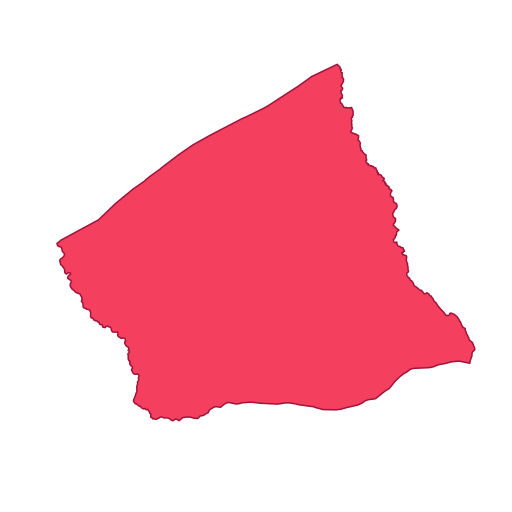 Zumbu, Tete, Mozambique, rotated 347°
{"feature_id": "85939544B34189520387166", "entity_name": "Zumbu", "entity_type": "district", "adm_level": 2, "iso_a3": "MOZ", "parent_name": "Mozambique", "parent_adm1": "Tete", "projection": "robinson", "projection_center": [31.028, -15.185], "detail": "fine", "context": "isolated", "style": "filled", "palette": "rose", "viewbox_px": 512, "rotation_deg": 347, "n_neighbors": 0, "source": "geoboundaries", "source_scale": "gbopen_adm2", "svg_char_len": 6079}
<svg xmlns="http://www.w3.org/2000/svg" viewBox="0 0 512 512"><g transform="rotate(347 256 256)"><path d="M440.1,408.6L441.7,405.3L443.8,402.2L444.6,399.5L445.3,398.2L447.9,396.8L448.3,396.0L448.3,395.1L447.4,389.0L445.1,386.0L444.9,385.3L444.9,383.6L444.4,382.5L444.4,381.3L443.7,379.4L443.5,376.5L443.1,375.5L443.5,373.7L441.7,372.1L440.8,369.4L440.3,366.0L439.6,364.7L439.4,363.4L438.2,360.3L436.0,357.4L433.1,355.4L432.1,355.5L431.2,356.9L430.5,357.2L427.7,356.6L426.3,353.1L424.2,349.7L422.1,345.7L420.7,341.6L420.0,341.1L419.0,339.0L419.1,338.1L417.9,335.4L417.7,334.5L416.5,333.9L415.8,331.8L414.5,330.5L414.0,330.3L412.3,330.9L411.2,330.4L409.7,327.0L409.3,326.5L408.2,326.3L405.2,322.3L403.4,320.5L403.3,318.7L402.9,317.0L401.9,315.0L401.1,314.4L400.5,311.9L399.8,311.6L398.7,309.1L398.7,308.1L399.0,306.9L399.6,306.3L401.0,305.7L401.2,304.8L401.1,302.9L401.7,300.7L401.5,298.8L402.0,297.8L401.6,296.4L401.5,293.9L402.0,292.1L402.5,291.5L402.6,290.0L402.1,289.1L400.8,288.8L400.2,287.9L399.2,287.5L398.7,286.0L398.9,285.6L400.3,285.6L400.7,284.8L401.6,284.8L401.7,283.9L401.1,282.6L401.2,281.5L400.8,280.9L398.7,280.0L398.5,279.1L396.5,278.2L396.0,275.6L396.3,274.3L395.8,273.9L394.4,274.3L393.8,273.8L393.5,273.1L393.4,271.1L395.1,270.1L396.4,268.0L397.3,267.5L398.7,264.0L401.0,263.0L401.0,262.7L400.3,261.8L399.2,260.9L397.8,258.4L396.7,256.9L397.2,255.8L398.6,254.8L399.5,253.7L400.4,251.2L399.6,249.9L398.9,249.3L398.5,247.2L398.7,245.5L400.4,243.9L400.7,243.2L401.9,241.9L403.2,241.4L403.9,240.7L404.7,239.1L404.8,237.2L404.3,236.3L403.5,235.6L402.4,234.1L402.3,233.3L402.7,232.0L402.7,229.8L401.1,228.4L400.6,227.0L401.0,225.7L401.9,224.2L403.1,223.0L402.2,221.3L401.3,221.2L400.6,220.3L401.2,219.0L401.0,218.2L400.0,217.4L399.7,216.7L399.0,216.7L398.9,215.8L398.5,215.6L398.1,214.7L398.8,214.3L398.1,213.6L398.2,212.4L396.7,211.3L397.3,211.0L397.8,210.0L398.3,209.9L398.2,209.0L396.8,207.5L396.3,205.6L395.4,204.8L393.3,204.0L394.1,203.0L393.9,202.5L392.9,202.1L393.3,200.4L392.8,199.3L392.5,197.1L390.9,196.7L390.7,195.4L390.1,194.9L389.2,194.6L388.6,194.0L387.8,193.9L386.8,193.0L385.9,192.6L385.7,192.2L386.2,191.9L386.0,191.3L384.3,189.4L384.6,187.7L385.5,187.4L385.3,184.4L386.0,182.7L385.8,182.0L384.8,181.3L384.2,180.3L383.4,178.7L383.1,177.3L382.3,176.9L382.0,176.2L382.4,175.2L382.1,172.1L383.1,169.4L382.2,166.6L381.4,165.6L382.6,163.6L383.0,161.9L380.5,159.5L379.4,159.3L379.1,158.7L376.7,157.1L376.3,156.4L376.3,156.1L377.4,154.9L378.7,152.8L378.4,151.1L378.9,150.1L379.0,148.0L379.9,145.3L379.7,144.9L379.8,143.4L380.1,142.7L381.1,142.5L381.5,141.4L382.4,140.5L383.2,136.0L382.7,134.5L382.7,133.3L382.3,132.7L381.2,132.9L380.5,132.5L378.3,132.4L377.4,131.5L376.3,131.6L375.0,130.8L374.0,127.3L373.5,126.5L373.0,126.3L373.1,125.5L372.7,124.8L372.9,122.9L373.4,122.5L373.5,121.8L374.3,121.9L374.4,121.3L374.8,121.5L375.7,121.4L375.5,120.8L376.3,119.3L375.6,115.7L375.9,114.9L375.8,114.2L377.0,113.8L377.7,113.0L378.2,112.0L377.2,110.1L377.4,109.6L377.2,108.7L378.1,108.2L380.4,105.7L380.7,104.3L381.1,103.8L380.8,102.2L380.1,101.4L380.5,100.9L380.6,98.3L381.2,97.2L381.1,96.7L380.3,96.3L380.1,95.8L380.2,94.6L380.8,94.3L381.0,93.4L380.2,92.3L380.3,91.3L380.0,90.1L379.2,89.4L378.4,87.6L377.4,87.7L350.7,93.6L336.0,99.8L301.9,112.2L297.2,113.6L277.8,118.2L273.3,119.0L237.7,128.2L219.3,133.6L203.0,140.1L183.5,148.9L182.4,149.6L171.4,154.2L166.0,156.8L164.3,157.9L151.3,163.1L130.8,173.3L110.8,185.3L69.8,196.6L64.9,199.0L65.0,201.3L66.1,202.4L68.3,203.6L68.4,207.8L69.9,210.8L68.8,213.0L67.3,214.0L64.9,215.0L63.7,216.2L63.8,220.7L64.8,221.6L66.5,225.9L66.0,228.8L66.4,230.2L67.4,231.0L69.2,230.0L70.7,230.5L71.4,231.0L71.1,232.1L69.4,232.6L68.1,233.8L67.6,234.8L67.7,235.7L70.1,238.2L70.4,239.1L70.4,239.6L69.2,240.7L68.5,242.1L68.3,243.9L69.3,246.8L71.1,249.0L71.6,250.2L73.1,251.6L76.1,253.5L76.1,254.5L77.1,257.7L76.6,258.5L76.8,259.5L76.1,260.0L75.7,260.9L76.7,262.9L76.1,267.2L76.6,267.8L77.9,268.5L78.6,269.5L81.5,271.0L82.0,272.4L82.1,273.8L81.7,276.1L81.2,277.1L81.5,279.2L82.9,279.8L83.8,282.0L84.6,282.5L84.8,283.0L85.8,283.0L86.5,283.6L86.7,284.4L88.1,285.1L88.1,286.9L89.1,287.9L90.3,288.2L90.9,289.1L90.7,290.4L91.0,291.1L93.1,291.8L94.2,290.8L95.2,290.9L96.3,291.4L96.8,292.1L98.2,292.7L98.5,293.4L98.5,296.2L99.1,297.7L101.4,298.5L102.5,298.5L103.1,298.9L103.8,298.8L104.2,300.4L103.3,301.9L103.6,303.4L106.1,305.9L108.7,306.1L109.4,306.5L109.8,307.2L109.8,309.4L108.7,310.3L108.5,311.5L109.2,314.3L111.1,316.3L111.3,317.9L110.2,319.1L110.4,319.7L111.2,320.3L111.2,320.8L111.0,321.3L109.2,322.5L109.0,324.0L109.2,324.6L108.5,326.2L108.7,327.0L108.3,327.6L108.6,329.3L108.8,329.7L109.3,329.7L109.6,330.6L108.8,332.0L108.7,332.9L109.6,335.0L110.5,335.9L110.4,337.8L109.3,338.3L109.1,339.2L110.1,343.0L111.1,343.8L112.4,344.3L113.9,344.2L114.8,345.1L115.1,346.3L113.9,348.5L113.9,350.3L112.1,352.2L111.8,354.1L110.6,356.1L109.3,361.6L108.0,363.1L106.3,366.2L104.9,367.9L104.1,369.2L104.0,370.0L105.1,372.8L106.1,373.2L108.4,376.0L109.4,376.5L110.9,378.9L112.4,379.9L113.7,379.6L114.4,381.1L116.2,381.3L116.4,382.5L117.0,383.4L117.1,385.3L118.0,386.2L117.2,389.4L118.4,390.3L118.6,391.3L122.0,392.6L124.1,392.3L126.6,391.4L127.6,391.5L130.3,393.2L133.3,393.8L134.7,394.7L136.9,397.2L137.9,397.8L140.8,396.8L142.3,397.4L143.4,398.7L144.1,399.1L148.4,397.0L152.3,397.3L153.3,397.7L155.3,398.0L159.1,400.1L161.9,401.1L163.5,400.9L165.3,399.4L169.1,399.5L171.8,398.4L174.1,397.9L176.4,395.3L180.0,394.1L182.1,393.7L183.3,393.9L187.6,395.4L189.9,394.1L192.7,392.9L194.4,392.5L196.7,392.7L203.5,395.8L207.0,396.1L209.2,395.9L216.0,396.9L219.9,397.8L227.2,400.5L244.0,405.2L251.8,405.8L255.9,406.8L261.5,409.1L264.3,410.6L278.3,415.9L279.5,416.8L286.7,420.7L299.4,423.9L304.3,424.4L310.0,424.1L321.9,424.1L326.4,423.1L330.1,421.6L331.4,421.4L333.7,421.3L339.0,421.9L340.7,421.8L351.0,416.8L356.2,415.0L363.7,409.1L368.8,406.1L373.4,403.9L377.0,402.9L380.2,401.4L382.0,400.9L385.3,401.1L399.2,403.7L403.7,403.9L409.3,403.0L417.1,403.3L422.9,403.1L429.1,403.9L431.6,404.7L440.1,408.6Z" fill="#f43f5e" stroke="#9f1239" stroke-width="1.5"/></g></svg>